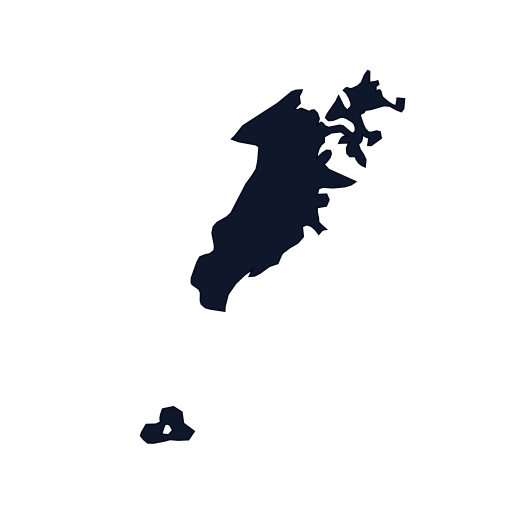 map outline of Musandam (Mercator projection), rotated 25°
{"feature_id": "OMN-2425", "entity_name": "Musandam", "entity_type": "Province", "adm_level": 1, "iso_a3": "OMN", "parent_name": "Oman", "parent_adm1": "", "projection": "mercator", "projection_center": [56.333, 25.799], "detail": "fine", "context": "isolated", "style": "filled", "palette": "ink", "viewbox_px": 512, "rotation_deg": 25, "n_neighbors": 0, "source": "natural_earth", "source_scale": "10m", "svg_char_len": 2923}
<svg xmlns="http://www.w3.org/2000/svg" viewBox="0 0 512 512"><g transform="rotate(25 256 256)"><path d="M209.2,308.0L208.7,307.7L206.8,303.3L205.2,286.9L205.5,280.7L209.1,276.8L213.3,273.5L215.7,268.7L214.1,264.2L206.5,253.8L205.0,247.6L206.6,242.1L213.0,233.1L215.2,227.9L216.6,195.0L218.7,184.1L219.5,177.3L217.8,169.8L212.6,155.7L208.9,155.2L192.1,159.6L184.5,160.3L184.5,160.2L186.0,156.7L189.1,143.6L211.0,108.8L218.9,92.3L222.2,89.0L227.6,86.0L227.9,88.0L227.6,93.0L231.5,99.0L230.5,101.1L229.0,106.3L231.5,106.3L234.6,103.0L243.2,102.6L245.0,100.2L247.0,99.1L251.3,100.7L255.2,104.8L256.2,111.3L258.5,107.3L260.8,107.5L263.6,109.0L267.5,108.8L276.5,102.2L280.0,101.3L290.1,104.1L292.3,103.8L293.2,100.7L291.7,97.4L289.1,94.8L286.7,93.8L280.3,93.0L276.3,93.3L273.4,95.0L271.5,97.3L268.2,100.6L264.4,102.6L260.7,101.3L260.6,97.2L263.2,81.8L263.2,76.0L272.8,83.7L277.2,85.3L278.9,80.0L277.4,77.1L273.7,73.4L269.1,70.2L265.2,68.9L266.6,65.5L268.5,64.8L270.5,64.8L272.4,63.6L276.5,58.6L278.3,54.2L277.9,46.2L278.9,40.8L281.0,40.8L285.5,50.8L290.6,47.4L292.3,45.8L294.7,48.5L293.2,51.3L293.0,52.3L293.8,53.2L294.7,55.9L297.8,53.2L299.8,54.2L301.4,56.6L303.7,58.6L311.4,60.7L315.4,61.1L319.7,60.9L319.0,59.2L317.9,55.0L317.2,53.3L324.2,50.8L327.5,60.1L326.8,63.7L322.2,64.1L313.8,63.6L308.3,65.7L298.4,74.4L293.0,78.0L293.4,78.0L293.3,80.1L290.4,83.9L297.8,91.7L301.5,94.7L306.0,96.3L309.0,94.7L312.4,91.8L316.0,91.1L319.7,96.3L313.6,107.2L310.6,108.4L308.5,101.3L305.1,101.7L301.4,101.3L302.7,104.9L303.0,107.3L302.6,109.2L301.4,111.3L305.6,115.7L310.6,118.7L314.9,122.4L317.2,129.1L313.4,129.1L309.8,128.2L306.6,126.4L303.7,123.9L299.0,126.2L295.0,124.5L292.5,120.0L292.3,114.1L290.3,115.3L285.3,117.7L283.4,118.9L283.3,114.9L283.9,112.0L285.5,109.9L288.0,108.8L280.5,107.5L272.3,112.4L267.4,119.2L269.8,123.9L268.1,127.8L267.7,132.3L268.4,137.1L269.8,141.7L272.7,134.3L275.4,130.3L278.9,129.1L281.0,131.5L281.4,135.7L280.4,140.5L278.9,144.2L285.4,146.9L315.0,146.5L312.1,151.3L307.1,155.7L296.9,161.7L287.3,165.4L284.3,168.6L285.5,174.5L293.8,170.1L298.4,174.2L298.6,181.0L291.0,186.2L292.5,189.8L296.9,195.9L298.2,198.6L301.2,200.0L308.5,202.1L305.9,203.8L305.0,205.0L303.7,209.8L298.9,207.2L293.5,205.6L288.7,206.2L285.5,209.8L290.7,218.5L288.4,226.5L283.0,234.3L278.9,242.1L278.6,244.8L278.9,253.5L272.4,259.8L266.9,269.8L263.3,274.5L258.5,277.3L258.5,269.6L253.9,277.4L249.2,289.3L246.9,302.7L249.2,314.8L251.0,319.2L237.3,323.2L232.0,324.2L226.8,322.7L224.5,320.0L221.2,312.6L218.3,310.2L210.5,308.8L209.2,308.0ZM274.1,441.0L272.5,451.0L263.3,455.8L255.6,458.6L251.9,461.8L242.1,468.9L236.7,471.2L231.5,469.7L227.4,467.7L227.1,465.6L226.9,464.1L227.7,455.1L236.5,450.7L239.7,446.8L237.7,443.8L236.7,440.2L236.0,434.2L244.9,427.5L254.8,428.8L261.0,438.3L274.1,441.0ZM245.7,457.3L252.3,455.1L254.1,449.1L249.3,445.6L246.4,445.7L244.6,447.6L245.7,457.3Z" fill="#0f172a" stroke="#020617" stroke-width="1.5"/></g></svg>